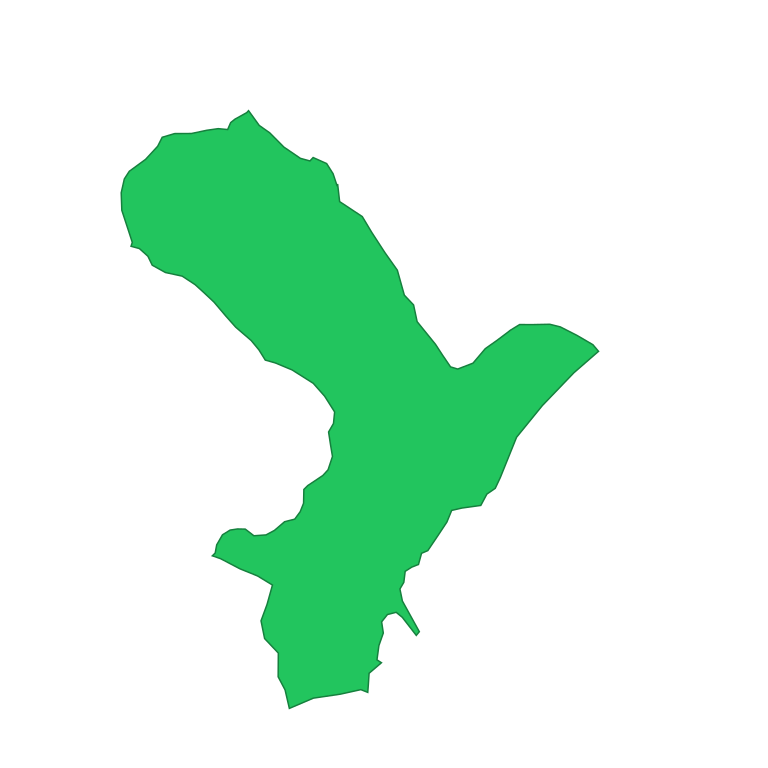 Lemesos, Limassol, Cyprus (Albers equal-area conic projection), rotated 347°
{"feature_id": "46923920B90408698000356", "entity_name": "Lemesos", "entity_type": "district", "adm_level": 2, "iso_a3": "CYP", "parent_name": "Cyprus", "parent_adm1": "Limassol", "projection": "albers", "projection_center": [33.018, 34.691], "detail": "fine", "context": "isolated", "style": "filled", "palette": "green", "viewbox_px": 768, "rotation_deg": 347, "n_neighbors": 0, "source": "geoboundaries", "source_scale": "gbopen_adm2", "svg_char_len": 1889}
<svg xmlns="http://www.w3.org/2000/svg" viewBox="0 0 768 768"><g transform="rotate(347 384 384)"><path d="M298.8,680.8L301.0,673.8L304.4,662.5L318.8,655.0L315.1,651.2L320.2,637.7L327.3,626.5L328.2,615.2L335.5,609.4L344.5,609.2L349.3,615.4L358.9,636.2L362.7,633.3L353.1,599.6L353.4,587.3L358.7,581.7L362.5,571.3L369.8,568.7L377.0,567.6L382.5,557.4L389.2,556.2L402.5,543.8L414.2,532.7L421.5,522.4L432.0,522.4L451.0,524.1L459.5,514.4L468.9,510.7L476.3,501.3L501.2,465.7L533.5,440.6L571.5,415.8L600.4,400.4L600.2,400.1L596.4,392.7L582.8,379.9L568.6,368.0L559.0,363.1L545.7,360.3L542.8,359.7L529.5,356.6L519.3,360.0L515.2,361.9L503.2,367.2L490.7,372.3L475.4,383.7L459.2,386.0L452.7,382.3L447.6,369.2L443.1,356.9L430.3,330.7L430.6,313.6L423.8,302.0L422.6,276.1L414.4,256.1L406.2,233.6L400.5,216.0L381.8,196.3L383.8,178.7L382.9,180.8L381.7,167.7L377.7,156.3L365.9,147.4L362.0,150.0L353.3,145.3L339.8,130.7L329.2,113.6L320.6,104.0L314.4,89.3L313.5,87.2L311.3,88.7L298.4,92.4L293.4,94.8L288.9,100.9L279.9,97.9L268.3,96.9L252.7,96.6L236.3,92.9L223.4,93.7L217.0,101.4L202.2,111.5L183.7,119.4L177.1,125.8L170.9,138.7L170.9,138.9L167.6,155.8L169.7,179.1L170.6,189.4L168.5,192.9L176.1,197.0L182.7,206.4L184.9,216.1L196.1,226.2L211.6,233.5L222.3,244.7L228.9,254.2L236.8,266.0L245.3,282.5L252.3,295.3L264.4,311.8L269.8,322.6L273.7,334.0L282.8,339.0L297.6,349.6L315.2,367.4L323.4,382.5L329.6,400.1L325.9,411.1L319.2,418.3L318.2,431.6L317.5,443.0L310.2,455.0L303.8,459.4L286.9,465.8L282.2,468.7L278.8,482.1L273.6,489.6L266.6,495.6L256.2,495.8L244.3,502.0L235.1,504.5L223.1,502.6L216.2,494.2L208.7,492.3L201.2,491.7L192.7,494.6L184.8,503.1L181.5,510.7L178.1,512.8L185.4,517.4L202.1,531.7L217.6,542.6L230.1,554.8L220.5,572.4L210.9,587.1L210.4,605.2L220.5,622.4L215.0,645.5L218.8,659.8L218.8,678.8L244.5,674.2L271.8,676.4L292.7,676.6L298.8,680.8Z" fill="#22c55e" stroke="#15803d" stroke-width="1.5"/></g></svg>